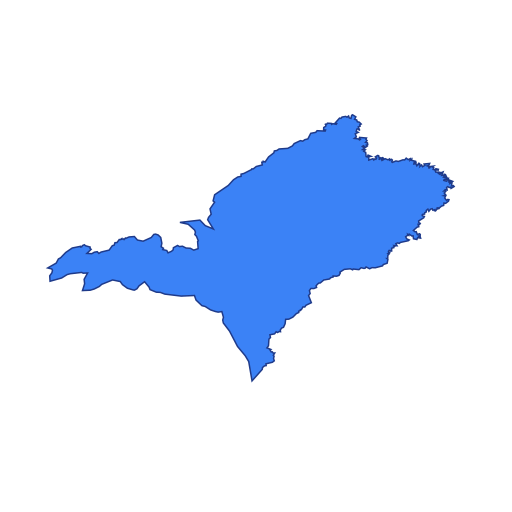 outline of Mueang Chaiyaphum, Chaiyaphum, Thailand, rotated 260°
{"feature_id": "78962969B81450935958728", "entity_name": "Mueang Chaiyaphum", "entity_type": "district", "adm_level": 2, "iso_a3": "THA", "parent_name": "Thailand", "parent_adm1": "Chaiyaphum", "projection": "equal_earth", "projection_center": [102.047, 15.936], "detail": "fine", "context": "isolated", "style": "filled", "palette": "blue", "viewbox_px": 512, "rotation_deg": 260, "n_neighbors": 0, "source": "geoboundaries", "source_scale": "gbopen_adm2", "svg_char_len": 6135}
<svg xmlns="http://www.w3.org/2000/svg" viewBox="0 0 512 512"><g transform="rotate(260 256 256)"><path d="M244.3,417.3L246.0,418.3L245.0,421.2L246.2,421.1L246.4,419.9L247.4,419.5L247.6,421.2L248.5,421.5L249.5,421.0L249.2,418.6L252.2,418.0L252.2,416.9L253.8,415.4L256.4,419.6L256.6,421.4L259.0,421.1L258.6,422.5L259.6,423.4L260.6,422.1L262.2,422.2L264.5,427.8L265.7,428.7L266.7,426.8L267.5,426.7L268.1,427.4L268.0,429.3L269.4,429.7L269.8,431.3L271.3,431.6L272.3,433.4L270.0,434.0L271.8,436.0L272.0,437.7L270.4,438.1L270.6,440.1L269.6,439.7L269.2,440.6L270.8,442.4L270.9,443.6L272.1,442.2L271.5,444.9L272.9,447.3L273.2,449.6L275.5,450.3L274.9,451.9L276.6,455.1L278.0,455.8L278.4,454.6L277.7,453.3L280.4,451.9L282.2,453.2L282.8,451.5L283.2,453.5L285.3,452.3L286.8,454.2L287.7,453.7L287.6,452.7L288.5,453.9L287.8,455.7L290.4,455.6L291.1,456.9L289.9,458.1L289.8,459.7L288.7,459.8L290.0,463.2L291.1,462.6L291.1,460.7L294.4,461.8L293.7,459.5L296.1,460.6L295.0,462.1L295.3,462.7L297.0,459.9L295.2,459.6L295.2,458.9L298.3,458.9L298.0,457.7L296.5,456.8L297.8,454.1L298.7,454.6L298.5,456.9L299.3,458.6L301.1,454.3L302.4,455.8L301.1,457.3L303.3,456.7L303.8,455.6L303.0,454.9L303.1,452.9L306.3,454.8L305.9,452.9L306.5,451.4L305.1,452.3L304.3,451.4L305.9,449.8L306.7,450.2L307.4,447.6L308.7,447.7L309.1,446.6L309.4,449.0L308.9,450.3L309.7,450.7L310.7,448.3L309.8,447.4L310.5,445.5L312.0,446.4L313.0,445.1L313.7,446.4L313.9,442.8L312.9,442.7L312.6,441.7L314.4,441.4L315.0,440.4L315.2,441.9L317.0,443.1L317.4,437.5L315.9,437.9L315.0,435.5L316.9,434.9L315.8,433.1L317.1,433.7L317.8,431.9L318.7,433.0L319.1,432.4L316.9,430.1L319.1,429.5L319.2,427.4L320.8,428.1L320.4,429.8L321.5,429.7L323.2,425.8L324.4,426.2L323.5,424.3L325.1,424.9L324.5,422.6L326.3,420.9L324.8,419.1L325.2,417.4L324.4,412.6L325.3,410.3L324.5,406.5L325.2,406.0L326.7,407.0L327.7,406.3L327.6,404.8L326.3,404.3L328.4,404.3L327.8,402.7L329.4,400.1L328.2,396.6L329.2,396.3L329.7,398.7L330.9,397.9L330.7,395.5L329.5,393.7L331.5,395.1L332.3,394.0L333.5,394.2L333.9,393.2L332.9,390.7L331.5,391.8L330.4,390.8L331.0,390.0L330.1,388.7L331.5,388.1L330.9,383.7L334.2,384.3L334.2,386.5L335.9,383.9L334.2,382.8L334.8,381.7L339.0,382.0L340.4,380.3L341.6,382.0L342.3,379.5L343.4,381.7L345.4,379.7L346.0,381.0L343.9,382.6L344.9,384.6L346.0,383.9L346.2,385.4L348.1,385.4L348.9,383.6L350.3,385.4L351.9,384.5L353.0,385.3L354.8,378.6L353.9,378.1L352.8,379.1L352.3,378.2L353.6,376.9L354.7,373.3L355.9,375.5L359.2,375.0L360.0,378.1L361.3,376.3L363.5,377.4L363.6,378.3L361.6,380.0L365.4,379.1L365.8,381.1L367.1,380.9L367.7,382.5L369.9,380.9L370.6,379.1L372.5,378.8L373.5,376.8L375.7,378.5L378.3,375.6L377.9,374.6L375.0,373.4L375.8,371.8L377.8,371.5L376.9,369.7L377.9,368.6L377.9,364.8L376.8,363.6L377.3,362.2L373.1,356.9L372.4,358.5L371.7,357.9L373.0,354.6L372.5,353.4L373.5,353.2L374.4,349.4L373.5,348.5L373.9,346.7L373.1,347.7L371.6,347.1L370.8,345.0L368.6,344.5L368.0,346.4L367.0,345.8L368.8,337.9L367.4,336.3L367.3,331.2L362.3,327.4L362.1,324.4L361.0,321.9L361.9,319.8L360.1,313.1L358.1,311.0L356.5,306.0L357.4,297.3L356.3,294.9L356.3,292.3L354.5,291.5L351.4,285.6L347.0,281.3L348.1,279.5L347.2,279.1L347.3,278.0L344.6,278.0L344.1,271.8L342.3,268.5L342.5,266.9L341.9,266.6L339.4,258.4L339.2,255.5L337.0,255.1L337.0,251.8L335.0,247.1L330.3,241.0L323.5,225.9L317.7,223.3L316.2,224.6L310.4,218.9L304.9,219.1L302.3,216.0L300.1,214.7L290.0,218.7L294.7,211.3L301.1,207.0L302.3,186.9L299.0,194.8L292.3,200.0L290.1,200.5L287.7,199.5L285.8,200.8L281.0,201.8L280.4,201.0L273.3,200.3L272.6,195.7L275.0,192.7L276.0,188.5L278.4,185.3L278.6,182.2L280.0,180.6L278.5,176.1L276.5,175.5L275.3,173.6L274.4,169.9L276.9,169.1L278.5,165.3L279.7,166.2L281.6,164.2L284.9,165.5L290.8,165.4L293.7,163.3L295.0,160.9L295.0,159.1L292.4,156.1L290.2,147.4L292.3,142.0L296.3,139.6L296.8,134.3L296.0,130.9L296.4,130.5L295.1,128.9L295.9,128.3L295.8,126.7L296.4,126.8L295.6,124.9L296.0,124.2L293.4,121.5L293.6,119.4L291.3,118.2L291.1,116.3L287.3,112.4L286.8,104.1L285.8,101.7L287.8,100.4L287.8,97.4L286.8,94.7L287.9,89.9L291.2,94.8L292.3,93.9L293.6,94.2L295.7,89.9L296.9,88.9L296.4,86.9L295.3,86.0L295.3,84.8L296.0,84.8L295.8,76.4L292.5,69.2L288.2,63.3L287.4,60.9L283.7,58.0L280.4,48.8L278.7,52.6L277.3,53.1L274.9,52.1L272.3,49.4L266.9,48.8L268.1,60.8L270.5,66.8L270.8,70.0L270.1,81.4L269.1,82.8L268.5,87.2L262.9,82.7L258.4,82.4L252.1,79.1L251.1,86.8L251.6,91.0L253.2,96.4L254.9,99.2L257.3,110.6L254.4,117.9L251.0,119.5L246.6,123.7L243.9,129.1L243.5,130.4L244.4,133.1L246.9,135.6L250.0,141.8L243.9,145.3L241.3,145.8L237.7,151.5L236.8,155.4L234.3,159.6L229.5,175.4L227.8,188.5L223.0,189.3L216.5,194.1L215.1,197.2L210.8,201.9L208.4,206.3L207.3,209.0L207.2,212.7L201.3,213.3L198.7,212.1L195.7,212.2L186.6,216.9L170.1,222.1L159.6,228.1L153.3,230.5L133.7,230.4L143.3,242.5L145.0,243.0L146.3,245.2L146.3,247.0L148.1,247.1L148.5,253.7L149.6,255.8L152.0,255.5L154.2,256.4L155.2,255.8L157.2,257.6L157.4,256.1L158.8,255.4L158.9,254.3L161.0,253.5L161.4,254.4L163.6,250.8L165.4,252.7L171.9,254.3L173.2,256.1L176.0,256.0L176.1,260.8L177.9,262.7L176.9,263.9L177.6,265.7L177.2,267.0L179.0,267.1L180.6,268.8L181.0,270.7L184.2,272.9L188.5,274.2L188.1,277.4L189.4,281.7L192.3,285.8L192.9,288.3L194.2,288.4L194.6,290.1L195.4,290.4L195.2,291.3L197.7,293.4L197.3,295.2L198.8,296.7L200.4,302.4L207.9,300.9L209.6,302.8L212.7,302.6L214.5,304.4L213.9,307.3L214.5,310.2L216.2,310.0L217.5,311.6L218.4,313.1L218.3,314.6L220.6,318.6L220.6,324.5L221.6,325.6L222.0,328.4L222.9,328.5L222.1,331.9L222.5,334.4L224.5,336.0L225.5,335.8L227.5,340.6L227.0,346.7L225.6,348.8L226.3,349.4L224.7,355.0L226.2,357.5L225.0,360.2L225.1,361.5L226.1,362.5L223.7,365.7L224.4,368.2L223.7,371.4L224.3,378.9L225.5,379.9L226.1,383.9L229.7,385.3L230.8,384.5L230.7,385.3L233.7,385.9L235.0,387.5L235.5,386.4L236.4,388.1L236.5,387.3L237.5,387.2L238.4,388.1L237.5,390.5L240.1,390.9L240.3,393.1L241.0,392.9L241.5,394.3L242.3,393.8L241.6,396.7L243.9,395.9L244.3,397.8L243.5,399.3L244.3,400.6L244.6,408.7L245.2,409.7L246.7,407.4L249.0,406.7L250.1,409.1L250.9,409.1L249.7,410.1L250.9,410.7L248.6,413.0L248.6,414.2L245.6,414.1L244.3,417.3Z" fill="#3b82f6" stroke="#1e3a8a" stroke-width="1.5"/></g></svg>